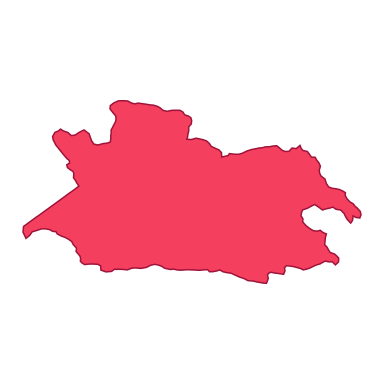 the district of Itaguaçu, Espírito Santo, Brazil, rotated 90°
{"feature_id": "56859067B33712162674860", "entity_name": "Itaguaçu", "entity_type": "district", "adm_level": 2, "iso_a3": "BRA", "parent_name": "Brazil", "parent_adm1": "Espírito Santo", "projection": "equal_earth", "projection_center": [-40.868, -19.725], "detail": "fine", "context": "isolated", "style": "filled", "palette": "rose", "viewbox_px": 384, "rotation_deg": 90, "n_neighbors": 0, "source": "geoboundaries", "source_scale": "gbopen_adm2", "svg_char_len": 3548}
<svg xmlns="http://www.w3.org/2000/svg" viewBox="0 0 384 384"><g transform="rotate(90 192 192)"><path d="M102.9,270.2L105.6,273.7L108.9,274.0L111.5,272.0L113.5,270.4L115.8,268.4L118.9,267.9L121.5,268.4L124.5,270.0L127.3,271.4L130.1,272.9L133.2,272.8L135.6,273.2L138.6,273.2L142.0,273.7L143.1,276.6L143.6,280.9L145.0,286.2L144.1,290.1L140.8,292.4L136.9,293.8L133.7,294.9L132.1,297.2L129.9,299.9L131.1,302.4L132.7,305.4L135.0,308.7L135.6,312.6L132.5,316.1L130.8,320.9L129.1,323.5L130.8,325.4L132.4,329.1L136.6,331.4L140.2,330.7L142.7,329.3L144.9,328.3L147.7,326.0L150.7,323.6L153.2,321.6L155.2,320.0L158.8,316.9L160.5,314.7L163.2,314.5L164.7,317.2L167.6,316.6L170.0,313.4L171.5,310.9L173.7,310.2L177.7,310.5L180.4,308.6L183.2,307.1L186.1,305.1L189.8,309.9L193.8,315.6L196.2,318.8L208.4,335.5L212.2,340.8L215.2,344.9L217.1,347.7L219.3,350.7L221.2,353.3L226.5,360.5L232.1,361.0L238.4,358.0L235.5,354.4L231.8,351.8L230.3,346.7L228.9,342.6L228.8,338.9L229.5,334.6L231.4,331.3L231.6,328.1L233.9,326.8L236.1,322.6L237.6,318.5L239.3,315.5L241.4,312.4L244.7,310.7L248.1,307.5L251.5,307.9L256.3,303.9L258.5,303.4L261.3,303.6L263.2,301.7L264.6,299.3L264.2,296.4L264.0,293.4L264.1,289.7L264.3,286.2L265.9,283.3L270.1,283.1L271.9,278.0L271.4,272.4L269.3,269.7L269.3,265.2L269.4,261.2L269.9,256.7L268.2,252.3L267.9,248.7L268.4,243.1L267.4,237.5L265.2,233.2L264.4,229.5L264.8,226.4L266.2,222.5L268.2,219.4L268.9,216.5L269.5,213.3L269.1,210.2L269.9,207.3L270.2,203.1L269.8,198.1L269.8,194.2L270.0,189.6L270.3,185.0L269.9,180.0L269.6,176.5L271.7,174.5L271.7,171.3L271.0,167.4L269.9,164.2L271.7,161.2L272.7,156.9L273.2,152.9L274.4,150.4L275.5,147.9L277.0,144.7L278.5,140.1L280.6,136.1L281.0,131.2L282.0,126.9L282.5,123.9L283.1,120.7L283.3,117.5L280.6,116.5L278.2,115.7L275.7,116.5L273.6,115.8L272.2,113.2L273.0,109.6L273.5,105.4L274.3,100.4L270.9,99.0L267.8,99.5L265.7,97.5L266.1,93.7L266.7,90.1L267.6,86.7L268.5,83.5L269.9,80.7L269.2,77.7L268.2,74.5L266.7,71.4L265.1,68.1L263.9,63.9L262.5,61.5L261.1,58.8L261.9,54.8L261.8,51.7L264.9,48.6L262.0,45.5L258.1,45.3L256.1,47.1L254.0,49.5L252.5,53.8L249.8,55.6L247.2,56.9L244.7,59.3L237.4,58.6L233.9,57.6L232.6,60.9L230.3,63.8L231.1,66.6L230.8,70.4L228.6,74.2L225.8,77.8L222.1,81.2L218.7,81.1L215.8,83.0L212.4,82.4L209.9,81.4L208.3,76.6L206.1,72.6L204.5,69.4L207.2,65.2L210.0,61.5L208.9,58.3L208.2,54.6L207.1,51.1L209.3,48.0L210.0,43.3L213.5,39.9L216.5,38.5L219.5,36.7L223.1,33.3L220.5,31.5L215.9,30.9L217.4,28.2L218.0,24.2L214.8,23.0L211.5,23.7L208.2,26.6L206.2,29.0L203.8,30.8L201.8,34.2L198.8,37.0L195.4,38.8L192.7,38.6L190.9,41.5L189.5,44.7L188.7,48.4L188.3,51.8L187.0,55.3L183.6,57.6L179.1,59.0L176.0,63.0L173.0,64.4L170.0,64.7L166.2,63.6L162.7,65.2L160.1,67.3L157.3,68.8L157.1,72.6L154.3,74.5L151.5,76.6L150.5,81.1L148.0,83.0L145.4,84.0L148.6,87.8L148.0,92.0L151.4,95.1L151.4,99.2L150.2,102.0L147.9,104.5L145.7,107.4L146.0,110.6L146.8,115.0L146.8,118.3L147.7,121.6L148.0,125.0L148.7,128.0L149.5,132.4L151.0,137.1L153.3,141.8L154.3,145.3L154.2,149.7L153.6,154.6L155.6,155.9L157.0,162.3L152.7,162.5L149.9,165.0L148.3,168.7L146.4,172.7L143.3,174.8L140.9,177.5L139.6,181.3L138.8,184.9L138.2,188.0L139.5,192.6L139.3,197.1L136.8,196.4L134.3,196.1L131.1,195.3L126.8,195.2L124.1,192.8L120.8,192.3L117.8,193.1L116.0,195.6L114.9,199.3L112.0,201.1L110.3,204.1L110.3,207.5L110.3,212.0L111.3,216.9L110.3,221.1L108.2,223.4L106.4,226.4L105.1,230.8L104.9,234.1L104.3,237.3L103.7,241.5L103.1,245.9L103.9,249.2L102.9,252.8L101.0,256.2L100.7,260.4L100.8,265.5L102.9,270.2Z" fill="#f43f5e" stroke="#9f1239" stroke-width="1.5"/></g></svg>